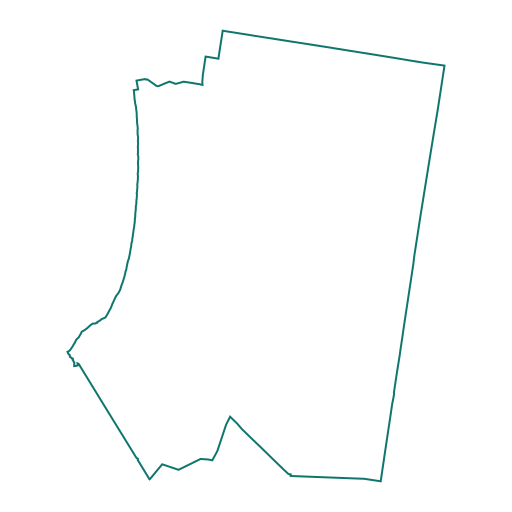 the district of Frankston, Victoria, Australia
{"feature_id": "25037944B48660808239770", "entity_name": "Frankston", "entity_type": "district", "adm_level": 2, "iso_a3": "AUS", "parent_name": "Australia", "parent_adm1": "Victoria", "projection": "orthographic", "projection_center": [145.129, -38.134], "detail": "fine", "context": "isolated", "style": "outline", "palette": "teal", "viewbox_px": 512, "rotation_deg": 0, "n_neighbors": 0, "source": "geoboundaries", "source_scale": "gbopen_adm2", "svg_char_len": 5584}
<svg xmlns="http://www.w3.org/2000/svg" viewBox="0 0 512 512"><path d="M444.5,65.6L422.4,62.5L412.9,61.0L396.2,58.2L372.7,54.4L347.4,50.4L325.1,46.8L290.3,41.4L254.4,35.8L251.5,35.3L226.2,31.3L222.7,30.7L218.4,58.7L208.9,57.1L205.6,56.6L202.9,74.5L202.3,81.8L202.5,84.9L201.0,84.6L200.1,84.4L199.5,84.2L190.8,82.8L189.6,82.6L188.9,82.5L183.6,81.7L175.8,83.9L169.5,81.6L163.7,83.9L162.5,84.5L161.7,84.8L158.8,86.0L157.5,86.2L156.5,85.9L149.5,80.9L147.4,79.5L146.6,79.3L146.4,79.3L145.9,79.6L144.8,79.1L136.5,80.6L138.1,89.4L133.7,90.2L133.8,90.9L134.0,91.5L134.1,92.2L134.1,93.7L134.3,95.2L134.3,95.9L134.4,96.6L134.5,98.1L134.5,98.9L134.6,99.6L134.7,100.3L134.9,100.9L135.0,101.6L135.1,102.3L135.1,103.0L135.2,103.7L135.4,104.3L135.5,104.9L135.7,105.6L136.0,106.9L136.1,107.6L136.1,108.6L136.2,109.0L136.3,109.8L136.3,110.5L136.4,111.2L136.6,111.9L136.6,112.6L136.7,113.3L136.7,114.0L136.7,114.8L136.7,115.6L136.7,116.3L136.8,117.1L136.8,117.8L137.0,119.3L137.0,120.8L137.1,122.3L137.1,123.0L137.2,123.8L137.4,125.2L137.6,126.6L137.7,127.8L137.7,128.0L137.7,128.8L137.7,129.6L137.6,130.2L137.5,130.9L137.6,131.6L137.6,132.3L137.6,133.1L137.6,133.8L137.6,134.6L137.9,135.8L138.0,136.5L138.0,137.2L138.1,138.0L138.1,138.8L138.0,139.5L137.9,140.2L137.9,141.0L138.0,141.5L138.0,142.2L138.1,143.0L138.1,143.7L138.1,144.4L138.0,145.1L137.9,145.8L137.9,146.5L137.9,147.3L137.9,148.0L137.9,148.8L138.0,149.5L138.1,150.2L138.0,150.9L137.9,151.6L138.0,152.4L138.0,153.1L137.8,153.8L137.8,154.5L138.1,155.9L138.3,156.5L138.3,157.2L138.3,158.0L138.3,158.7L138.3,159.4L138.2,160.2L138.1,160.8L138.0,161.5L138.0,162.2L138.0,163.7L138.0,164.4L138.1,165.1L138.2,165.9L138.1,166.6L138.2,167.3L138.2,168.1L138.2,168.8L138.1,169.5L138.0,170.1L138.1,170.8L138.1,171.5L138.0,172.2L137.8,172.8L137.7,173.5L137.8,174.2L137.9,174.8L137.8,175.5L138.0,176.2L138.0,176.9L137.8,177.7L137.9,178.8L137.9,179.5L137.8,180.2L137.7,180.9L137.6,182.2L137.5,182.9L137.4,183.5L137.3,184.2L137.3,184.9L137.3,185.7L137.4,186.4L137.4,187.2L137.3,187.9L137.3,188.6L137.2,189.2L137.1,189.9L137.1,190.7L137.1,191.4L137.0,192.0L136.8,192.6L136.7,193.3L136.9,194.0L136.9,194.7L136.9,196.2L136.8,196.8L136.7,198.3L136.7,199.0L136.5,199.6L136.4,200.2L136.4,201.0L136.4,201.7L136.3,202.4L136.4,203.1L136.1,205.1L135.8,206.4L135.8,207.1L135.8,208.6L135.8,209.4L135.8,210.1L135.6,210.7L135.5,211.4L135.5,212.0L135.4,212.7L135.3,213.4L135.3,214.2L135.2,214.9L135.3,215.6L135.2,216.3L135.2,217.0L135.1,217.7L134.9,218.2L134.9,218.9L134.9,219.5L134.9,220.1L134.8,220.7L134.7,221.4L134.8,222.4L134.6,223.1L134.3,224.9L134.2,226.8L134.0,227.6L133.8,228.6L133.7,229.5L133.4,231.5L133.2,233.1L132.8,235.0L132.9,235.7L132.9,236.1L132.6,237.1L132.3,238.8L132.3,239.9L132.1,241.2L131.7,242.4L131.6,242.7L131.4,243.7L131.2,245.7L131.2,246.5L130.9,247.6L130.4,250.3L130.2,251.7L129.8,253.8L129.6,254.9L129.4,256.1L129.2,256.8L129.0,257.8L128.7,258.9L128.3,260.2L127.9,261.0L127.7,262.3L127.5,262.6L127.3,264.0L126.9,266.1L126.6,267.1L126.4,268.9L126.4,269.1L126.2,269.6L126.1,270.0L125.9,270.6L125.6,271.5L125.3,272.2L125.3,272.6L125.2,273.6L125.0,274.4L124.7,275.5L124.4,276.7L124.1,277.6L123.5,279.7L122.6,282.5L122.2,283.5L121.3,285.9L120.9,287.3L120.3,289.3L120.0,290.0L119.7,290.6L118.8,292.4L117.9,293.7L116.3,295.7L115.1,298.0L114.7,299.0L113.9,300.6L113.3,302.1L112.5,303.6L112.3,304.0L112.1,304.8L111.8,305.4L111.4,306.6L111.1,307.2L110.7,308.1L110.5,308.7L110.3,309.0L109.9,309.6L109.5,310.2L109.3,310.7L108.7,311.8L107.8,313.6L107.3,314.4L106.6,315.5L106.1,316.4L105.7,317.1L104.8,317.8L103.1,318.5L102.2,318.9L101.7,319.2L101.3,319.3L101.1,319.6L99.8,320.6L98.4,321.5L98.0,321.7L97.8,321.9L97.6,321.9L97.5,322.1L97.4,322.3L97.3,322.2L97.0,322.4L96.4,322.9L96.0,323.1L95.8,323.3L95.7,323.4L94.8,323.6L93.7,323.5L93.1,323.5L91.6,324.3L91.0,324.7L90.2,325.5L89.9,325.6L89.5,326.0L89.0,326.5L87.5,327.9L86.7,328.6L86.2,328.9L84.8,330.0L83.6,330.7L81.9,331.6L81.6,332.0L81.4,332.3L81.1,333.2L80.7,333.9L79.3,336.3L79.1,336.5L79.0,336.9L78.8,337.3L77.9,338.1L77.6,338.3L76.9,339.1L76.3,339.7L75.9,340.4L75.6,341.1L74.8,342.8L74.4,343.5L74.2,343.7L74.0,343.9L72.8,346.1L72.3,346.9L71.7,347.7L71.5,348.0L71.0,348.8L69.8,350.4L68.3,351.5L68.0,351.6L67.5,351.9L67.8,352.3L67.9,352.6L68.0,353.1L68.2,353.5L68.4,353.8L68.5,353.9L68.8,354.2L68.8,354.3L69.0,354.5L69.5,354.9L69.6,355.0L69.9,355.3L69.9,355.5L69.8,355.8L69.8,356.0L69.8,356.3L69.8,356.6L69.9,356.8L70.0,356.9L70.1,357.0L70.4,357.2L70.5,357.3L70.8,357.5L71.2,357.6L71.3,357.6L71.5,357.7L71.6,357.8L71.7,358.0L71.8,358.2L71.8,358.3L72.1,358.5L72.5,358.6L72.8,358.6L72.9,358.8L72.7,359.1L72.7,359.5L72.6,359.8L73.1,360.1L73.3,360.3L73.3,361.0L73.5,361.5L73.8,361.9L74.2,362.2L74.3,362.3L74.3,362.5L74.2,362.7L74.3,362.9L74.3,363.0L74.3,363.3L74.3,363.6L74.2,363.9L74.2,364.3L74.2,364.5L74.2,364.9L74.2,365.1L74.2,365.3L74.2,366.1L75.5,366.0L77.7,365.4L77.7,364.4L77.5,363.4L78.6,363.8L81.8,369.0L103.5,404.4L136.0,457.2L136.5,457.9L138.0,458.8L137.7,459.9L149.5,479.3L150.0,479.0L162.2,464.3L178.5,469.8L200.7,458.9L201.0,459.0L207.4,459.4L209.4,459.7L212.3,460.3L216.3,453.0L217.4,450.9L226.1,424.7L230.1,416.7L237.2,423.6L241.8,429.0L252.1,439.0L261.4,447.9L270.2,456.5L284.0,469.9L285.6,471.3L287.7,473.4L288.9,474.1L290.7,474.4L290.5,475.8L291.1,476.0L330.1,477.5L364.3,478.8L380.7,481.3L385.2,450.8L388.6,428.1L389.8,420.2L392.2,403.9L392.8,400.9L393.4,398.0L394.1,393.9L393.9,392.8L396.7,374.0L399.9,354.0L400.5,349.4L402.4,336.8L403.8,327.0L413.3,264.3L414.3,255.8L420.7,214.4L428.7,164.7L434.0,132.2L437.9,108.7L444.5,65.6Z" fill="none" stroke="#0f766e" stroke-width="2"/></svg>